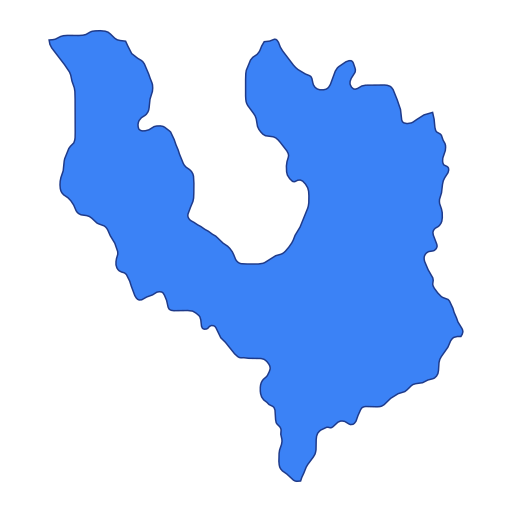 the district of San José de Ocoa, San José de Ocoa, Dominican Republic
{"feature_id": "3306468B57713364990292", "entity_name": "San José de Ocoa", "entity_type": "district", "adm_level": 2, "iso_a3": "DOM", "parent_name": "Dominican Republic", "parent_adm1": "San José de Ocoa", "projection": "equal_earth", "projection_center": [-70.491, 18.553], "detail": "fine", "context": "isolated", "style": "filled", "palette": "blue", "viewbox_px": 512, "rotation_deg": 0, "n_neighbors": 0, "source": "geoboundaries", "source_scale": "gbopen_adm2", "svg_char_len": 5976}
<svg xmlns="http://www.w3.org/2000/svg" viewBox="0 0 512 512"><path d="M275.0,410.1L275.6,419.7L276.2,422.7L277.1,424.1L279.8,426.8L280.6,428.2L281.1,429.8L280.8,434.3L281.9,439.3L282.0,441.4L281.5,444.4L279.6,450.0L279.1,453.3L278.9,461.4L279.2,464.8L279.7,467.0L280.6,468.8L282.4,470.9L286.8,474.0L293.4,480.1L295.1,481.0L296.8,481.3L300.6,481.0L301.8,477.4L303.9,472.9L306.2,467.1L307.8,464.4L313.4,456.9L315.0,454.1L315.6,452.0L316.0,449.8L316.2,439.5L316.6,436.1L317.7,433.2L319.5,431.1L320.9,430.0L326.6,427.3L327.9,427.2L330.3,427.8L331.6,427.6L333.0,426.7L337.9,422.2L340.4,421.1L342.1,421.0L344.7,421.4L349.0,424.0L350.5,424.6L353.0,424.3L354.4,423.3L356.0,421.2L358.0,415.5L360.7,409.5L361.7,408.1L362.3,407.5L363.9,406.8L365.7,406.5L377.1,406.8L379.9,406.6L381.7,406.1L384.2,404.6L390.7,398.3L398.1,393.7L404.8,391.6L407.1,389.8L411.4,385.6L413.0,384.5L415.6,383.7L422.6,382.7L427.9,380.0L432.9,378.7L434.5,378.0L436.5,376.1L437.9,373.6L438.5,370.4L439.0,362.6L439.8,359.4L441.3,356.6L447.9,347.2L450.7,340.7L452.4,338.5L453.8,337.4L457.3,336.5L460.9,336.5L462.2,334.3L462.9,331.8L462.6,330.0L461.9,328.4L457.9,321.9L456.5,317.9L454.1,312.4L452.9,308.3L449.5,301.1L448.1,299.5L442.6,297.4L441.2,296.5L437.8,293.0L434.3,288.3L433.1,285.9L432.7,284.2L433.2,280.3L432.8,277.9L428.1,269.7L424.6,261.4L424.2,259.5L424.1,257.8L424.4,256.1L425.3,254.3L426.5,252.9L428.6,251.6L433.0,250.9L434.4,250.4L436.2,248.7L436.9,247.1L437.1,246.1L436.8,244.3L433.3,235.1L432.9,232.5L433.3,230.8L434.2,229.3L435.3,228.2L438.1,226.6L439.4,225.5L441.0,223.2L441.8,221.2L442.3,217.6L442.2,212.6L441.5,209.1L439.6,203.6L439.4,201.5L439.5,199.4L441.5,192.8L442.5,184.3L443.3,180.7L444.7,177.8L448.0,172.7L448.7,170.0L448.5,168.2L448.1,167.4L447.1,166.5L444.2,165.1L443.6,164.6L442.9,163.0L442.6,161.1L442.8,158.0L445.3,150.6L445.6,147.4L445.5,145.4L445.0,143.6L443.1,140.2L441.4,135.3L440.4,134.1L436.7,132.0L435.7,130.6L434.9,127.5L434.1,119.2L432.6,112.4L424.0,114.9L416.6,119.6L413.0,122.1L411.4,122.9L407.1,123.6L403.9,122.9L402.5,121.8L401.7,120.0L400.5,109.5L397.2,99.8L393.1,89.6L391.4,87.3L389.9,86.2L387.2,85.3L384.4,85.0L365.6,85.2L361.8,86.0L357.5,88.5L355.2,89.2L353.5,88.9L351.5,87.2L350.2,84.6L350.0,83.5L350.1,81.4L351.2,78.4L354.8,72.7L355.2,71.8L355.4,69.8L355.0,68.0L353.3,63.0L352.4,61.5L351.1,60.7L349.0,60.7L345.9,61.8L338.7,66.7L337.4,67.9L335.3,71.1L330.4,84.4L328.9,86.9L327.7,88.2L326.1,89.2L323.5,89.8L319.9,89.8L317.3,89.0L315.1,87.4L313.5,85.0L312.9,83.1L311.9,78.5L311.1,76.9L310.6,76.3L309.2,75.5L305.4,74.0L297.9,69.5L295.6,67.5L293.4,65.1L282.6,50.9L280.3,47.1L278.5,42.4L277.1,40.3L275.9,39.4L274.5,39.2L269.6,41.1L264.2,41.7L261.7,46.0L259.8,50.7L258.8,52.3L257.1,54.4L252.8,57.3L250.5,60.1L246.3,70.3L245.8,73.6L245.6,79.4L245.6,95.9L245.8,99.3L246.1,101.6L246.8,103.7L247.8,105.6L253.4,113.2L255.1,115.8L256.2,118.8L257.5,126.4L258.9,129.4L260.8,132.0L262.9,134.2L265.4,135.7L273.3,136.8L275.8,137.9L278.1,139.9L280.2,142.3L286.8,150.8L288.2,153.5L288.6,155.5L288.3,157.3L287.0,161.6L286.4,166.0L286.6,171.8L287.4,175.1L289.7,178.7L292.4,181.3L293.2,181.6L294.7,181.7L297.8,180.2L300.2,180.0L302.7,181.1L305.5,184.1L307.7,187.8L308.6,191.2L308.9,195.8L308.8,202.8L308.3,206.1L307.7,208.2L300.1,227.0L295.1,235.3L293.2,240.2L291.8,242.9L288.8,247.2L285.4,251.2L284.0,252.5L282.4,253.6L280.7,254.3L275.7,255.7L264.7,262.6L263.0,263.3L258.4,264.0L246.9,264.0L241.2,263.7L239.5,263.2L237.9,262.2L236.6,260.9L235.6,259.4L233.7,254.7L232.3,251.8L229.8,248.4L227.6,246.2L223.0,243.1L215.7,236.1L212.5,234.3L208.3,231.2L205.1,229.5L200.8,226.5L197.6,224.8L194.0,222.4L191.1,220.8L189.7,219.7L188.7,218.4L188.0,216.8L187.8,215.8L188.0,214.0L190.6,207.0L192.9,201.5L193.6,198.1L193.8,193.3L193.9,183.4L193.5,176.2L192.9,174.0L191.5,171.5L189.6,169.6L186.1,167.2L184.3,165.2L183.3,163.5L179.5,154.2L178.2,150.1L175.9,144.6L174.2,139.6L170.6,132.0L169.3,130.8L164.6,127.2L163.0,126.4L160.3,125.9L156.7,126.0L154.1,126.6L148.9,129.8L145.2,130.8L142.4,130.9L140.7,130.5L139.1,129.4L138.6,128.5L138.1,126.5L138.0,124.4L138.4,122.3L139.1,120.5L141.4,117.7L145.0,115.4L146.3,114.3L147.9,112.0L148.7,110.0L149.1,107.7L150.0,99.2L152.4,91.4L152.7,88.1L152.5,84.8L151.9,82.7L150.1,78.2L148.7,74.1L144.4,64.0L142.8,61.7L141.4,60.5L137.7,58.3L131.7,53.6L127.8,46.0L125.6,41.2L120.1,40.5L117.2,39.8L114.7,38.2L110.4,34.0L108.1,32.2L105.2,31.2L100.2,30.7L95.1,30.9L92.1,31.3L90.3,32.0L85.9,34.5L83.0,35.2L78.9,35.5L67.5,35.4L63.5,35.7L60.6,36.5L55.3,39.2L52.7,39.7L49.1,40.0L49.9,44.3L51.7,47.9L64.5,64.6L69.5,72.0L70.7,75.0L72.0,81.2L74.3,87.8L74.9,91.5L75.1,99.1L75.2,132.6L75.1,137.6L74.8,139.9L73.8,142.9L70.4,146.3L68.8,148.5L64.7,158.7L64.2,161.1L63.2,170.8L60.9,177.6L60.2,181.2L60.0,184.9L60.3,188.6L60.9,190.9L61.8,192.7L63.6,194.8L68.0,197.8L70.8,200.7L73.7,205.1L76.1,210.7L77.2,212.3L78.5,213.5L81.0,214.8L86.7,215.6L89.4,216.5L91.8,218.2L96.9,223.0L98.5,223.8L104.2,225.9L105.6,227.0L106.8,228.4L107.8,230.1L110.3,235.8L114.8,243.2L117.7,251.6L117.8,254.2L116.5,258.5L116.0,261.6L116.0,264.9L116.9,267.9L118.0,269.6L119.2,270.8L121.5,272.0L124.5,272.9L126.4,274.5L129.7,281.1L131.3,286.2L134.8,295.6L136.3,298.0L137.6,299.3L139.2,300.0L141.7,299.8L146.7,297.0L152.5,294.9L156.8,292.2L159.3,291.7L161.7,292.0L163.1,293.0L164.5,295.3L166.6,300.4L168.1,307.1L168.9,308.8L169.6,309.5L171.2,310.3L173.8,310.7L187.7,310.5L192.6,311.1L195.7,312.9L198.9,315.5L199.9,316.9L200.8,319.9L201.5,326.2L202.3,328.0L202.9,328.6L204.3,329.2L206.4,329.0L207.7,328.4L209.5,326.4L211.4,325.5L213.6,325.7L215.0,326.5L216.0,327.9L220.8,337.8L225.4,342.3L234.6,353.8L237.7,356.6L239.3,357.5L240.9,357.8L243.8,357.7L248.8,358.3L261.0,358.5L264.0,359.3L265.6,360.4L267.1,361.8L268.9,364.2L269.8,366.0L270.2,368.1L270.1,369.1L269.3,371.6L267.4,375.5L266.3,376.8L263.3,379.4L262.2,380.9L261.3,382.6L260.6,384.9L260.3,387.4L260.3,391.1L260.6,393.6L261.6,396.9L263.7,399.9L266.9,402.3L269.0,404.5L272.8,406.4L274.0,407.5L275.0,410.1Z" fill="#3b82f6" stroke="#1e3a8a" stroke-width="1.5"/></svg>